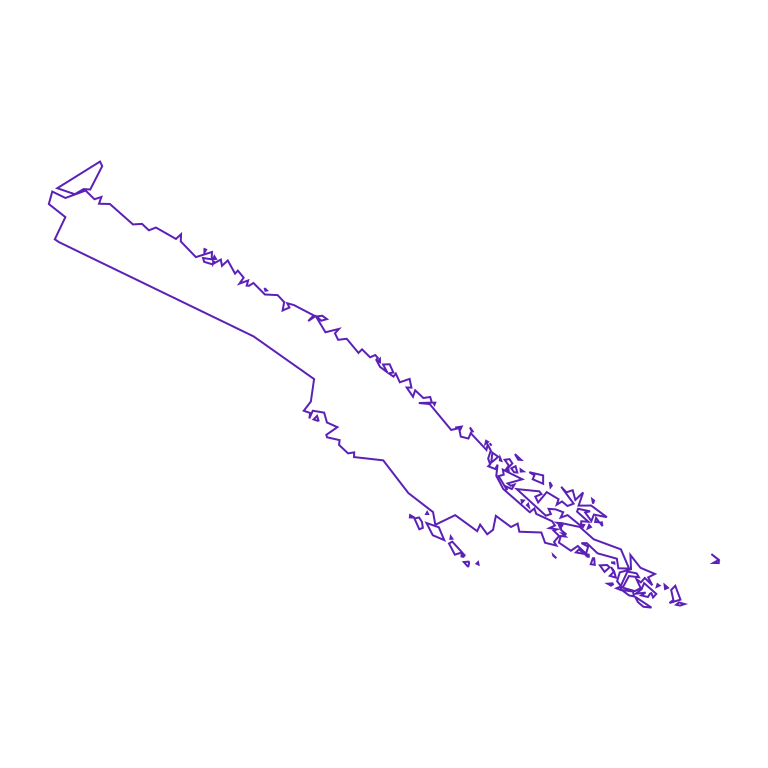 Hograno-Kia-Havulei, Isabel, Solomon Islands (Robinson projection), rotated 176°
{"feature_id": "97153195B62958617202697", "entity_name": "Hograno-Kia-Havulei", "entity_type": "district", "adm_level": 2, "iso_a3": "SLB", "parent_name": "Solomon Islands", "parent_adm1": "Isabel", "projection": "robinson", "projection_center": [158.602, -7.881], "detail": "fine", "context": "isolated", "style": "outline", "palette": "violet", "viewbox_px": 768, "rotation_deg": 176, "n_neighbors": 0, "source": "geoboundaries", "source_scale": "gbopen_adm2", "svg_char_len": 6220}
<svg xmlns="http://www.w3.org/2000/svg" viewBox="0 0 768 768"><g transform="rotate(176 384 384)"><path d="M705.8,586.9L690.2,572.7L702.3,551.3L698.2,548.1L510.8,440.6L453.4,393.8L458.2,371.6L465.9,362.9L459.6,360.2L460.9,354.9L456.9,362.3L445.7,359.6L443.6,349.6L433.5,344.2L445.1,337.3L444.5,334.8L432.2,331.1L433.1,326.4L424.7,317.3L418.5,317.9L419.0,313.2L390.1,307.9L367.3,273.5L344.0,252.8L342.6,240.0L322.1,248.2L301.3,230.7L297.9,237.0L291.5,226.9L285.4,230.9L281.6,244.7L267.3,232.5L260.4,235.4L259.3,227.2L237.4,224.9L234.4,214.4L223.3,210.8L225.4,214.6L219.9,220.2L225.0,225.9L221.5,226.9L229.1,228.7L223.3,230.9L225.9,235.4L241.2,243.8L242.7,249.3L247.5,245.9L272.4,271.0L278.4,284.6L276.3,295.6L278.9,291.4L285.7,294.7L283.7,296.4L285.3,302.3L282.1,310.3L284.8,316.2L286.4,311.1L300.9,328.9L303.6,323.7L311.1,326.2L312.2,334.7L320.2,333.5L339.8,360.8L350.6,362.6L337.6,362.1L338.8,367.8L345.7,367.3L353.3,375.5L356.0,369.3L361.6,378.9L356.9,378.5L358.1,387.3L368.1,384.6L371.5,393.6L374.0,390.7L378.5,394.3L373.9,394.8L377.0,403.3L383.6,403.5L379.9,395.4L386.8,401.4L390.0,408.6L388.3,410.4L390.7,413.5L396.0,411.6L403.5,420.1L407.3,416.8L418.0,431.7L426.7,431.3L429.4,438.0L425.1,442.1L438.8,439.7L447.4,456.6L455.2,452.1L449.3,457.3L468.3,469.0L474.9,471.3L473.0,466.9L480.0,464.4L477.9,472.6L483.9,480.1L496.6,481.6L507.2,493.9L511.8,491.4L514.1,491.7L512.3,496.8L521.2,494.2L516.6,499.9L521.9,507.3L524.9,504.5L531.2,518.1L537.4,513.2L538.1,519.5L546.9,515.4L554.9,518.4L555.7,522.3L547.2,520.4L546.4,527.7L562.8,523.7L576.8,540.4L576.0,547.6L581.4,543.2L600.6,556.0L607.8,553.7L614.2,560.6L623.3,560.7L644.9,582.7L655.7,583.7L652.9,590.3L659.9,588.5L668.2,597.8L688.8,591.8L701.5,599.1L705.8,586.9ZM258.9,269.9L231.7,241.3L226.6,242.7L228.5,248.0L221.3,246.9L214.2,243.6L217.1,238.4L210.0,240.4L197.5,228.7L196.8,233.3L189.7,232.3L200.3,243.2L199.1,246.0L187.3,242.6L192.3,241.8L186.7,232.8L183.7,239.1L171.0,235.6L185.8,248.3L198.4,249.1L192.9,261.9L201.2,255.0L203.2,264.9L209.6,263.2L214.4,269.1L203.2,251.4L209.5,249.5L214.6,254.4L220.1,251.6L217.9,256.9L229.2,264.8L238.5,255.1L240.9,261.1L234.6,263.2L236.6,266.1L258.9,269.9ZM220.6,213.6L209.2,204.6L202.0,208.9L194.3,200.7L191.7,207.5L198.1,211.5L192.8,211.1L182.8,200.2L163.9,193.5L163.1,183.8L152.4,182.8L159.2,202.5L185.7,214.5L198.6,227.7L215.8,232.6L215.6,232.1L216.0,230.3L217.6,228.8L217.4,225.8L212.6,221.3L216.7,222.4L213.6,219.2L218.3,220.0L220.6,213.6ZM696.3,602.1L679.2,594.9L670.1,599.4L663.5,598.5L649.9,621.0L651.8,625.7L696.3,602.1ZM165.2,171.0L161.9,166.0L154.3,179.9L145.2,177.5L143.2,173.5L153.1,175.3L160.1,164.2L148.2,159.9L142.2,162.5L145.7,171.6L141.6,168.2L137.4,172.3L130.4,164.5L133.9,172.7L127.0,175.6L141.0,182.8L150.1,196.2L150.5,182.0L162.0,179.6L165.2,171.0ZM276.1,284.1L268.6,269.5L269.4,273.3L263.8,270.3L260.9,274.6L264.7,273.6L267.6,276.2L252.7,279.3L271.4,290.3L270.9,285.2L276.1,284.1ZM147.6,157.2L137.6,157.7L142.2,155.2L135.6,153.1L133.2,156.3L131.9,156.7L130.5,152.3L127.0,155.6L138.4,167.2L141.4,161.2L147.6,157.2ZM351.3,242.4L345.9,229.7L334.8,224.1L339.3,237.2L351.3,242.4ZM245.2,285.9L240.3,282.4L242.3,278.6L232.2,273.4L231.6,281.7L245.2,285.9ZM114.5,145.6L103.3,148.2L107.5,162.4L111.9,158.5L110.4,148.4L114.5,145.6ZM330.3,220.3L325.2,208.8L317.9,210.6L326.9,222.0L330.3,220.3ZM280.7,308.0L282.5,298.1L275.1,303.4L280.7,308.0ZM148.4,154.3L145.9,148.7L140.8,143.7L132.8,142.3L148.4,154.3ZM363.0,247.7L358.9,236.6L355.3,237.8L355.7,243.6L358.3,248.4L363.0,247.7ZM161.1,161.9L154.3,156.0L149.4,154.7L150.1,159.6L161.1,161.9ZM172.1,176.9L166.2,174.7L167.6,181.3L170.2,185.5L168.0,180.4L172.1,176.9ZM181.3,188.0L177.1,181.2L171.7,185.4L174.2,187.9L181.3,188.0ZM268.9,300.0L264.6,293.0L261.5,295.8L264.0,300.3L268.9,300.0ZM262.9,291.0L260.4,286.9L257.2,286.4L258.5,292.8L262.9,291.0ZM446.4,456.1L442.2,451.5L436.4,452.7L440.8,456.4L446.4,456.1ZM190.3,189.8L186.4,188.9L186.5,195.5L187.8,195.6L190.3,189.8ZM265.9,293.1L268.4,290.1L265.7,288.9L265.9,293.1ZM161.5,165.7L166.3,164.0L162.2,162.0L161.5,165.7ZM107.9,143.4L104.1,142.3L99.4,143.5L105.0,145.5L107.9,143.4ZM204.3,202.6L196.8,200.7L196.6,201.7L201.2,205.3L204.3,202.6ZM225.5,274.5L225.1,269.4L223.7,271.0L225.5,274.5ZM456.7,353.6L452.8,351.9L451.9,352.1L453.0,356.8L456.7,353.6ZM316.8,200.8L313.2,196.2L312.6,196.2L311.7,199.0L311.7,200.3L312.0,200.9L316.8,200.8ZM316.0,335.6L311.8,334.9L310.8,333.6L309.4,336.1L316.0,335.6ZM69.3,191.5L62.4,185.1L68.0,182.5L62.6,182.0L62.2,185.2L69.3,191.5ZM118.1,164.0L117.9,159.9L115.0,160.9L118.1,164.0ZM184.3,254.6L183.8,250.1L182.6,253.0L184.3,254.6ZM181.8,235.6L183.0,231.7L178.9,231.0L181.8,235.6ZM178.2,230.6L176.0,227.0L176.4,230.8L178.2,230.6ZM195.9,200.8L193.3,197.6L191.8,197.4L191.7,199.4L195.9,200.8ZM386.3,409.2L388.5,407.1L386.5,406.0L386.3,409.2ZM189.2,229.1L190.8,225.7L187.6,226.9L189.2,229.1ZM286.1,320.2L287.0,317.2L284.3,319.0L286.1,320.2ZM367.1,251.4L367.5,249.1L362.9,248.6L367.1,251.4ZM301.3,334.7L299.5,330.4L298.8,330.5L301.3,334.7ZM125.1,165.2L126.1,162.6L123.3,163.7L125.1,165.2ZM553.7,531.1L554.0,527.7L552.1,530.3L553.7,531.1ZM253.7,289.3L253.7,287.1L251.0,287.1L253.7,289.3ZM544.3,523.2L545.6,520.4L542.9,520.5L544.3,523.2ZM224.2,198.2L227.2,201.6L227.1,200.9L224.2,198.2ZM496.5,488.0L495.8,485.3L494.3,485.5L496.5,488.0ZM349.9,253.1L351.0,251.4L349.1,251.2L349.9,253.1ZM258.2,304.9L255.4,299.1L252.4,298.7L258.2,304.9ZM174.9,169.2L171.6,167.0L169.6,168.1L170.0,169.2L174.9,169.2ZM249.8,253.2L248.1,251.3L248.6,254.3L249.8,253.2ZM219.6,231.6L218.5,228.6L217.8,229.7L219.6,231.6ZM336.0,361.9L335.1,359.9L334.2,361.8L336.0,361.9ZM318.7,206.5L316.0,205.9L317.8,207.4L317.5,209.3L317.0,207.8L315.7,207.5L315.9,206.6L315.5,207.6L317.3,209.6L318.2,209.0L318.6,208.2L318.7,206.5ZM273.3,302.3L273.8,299.8L272.3,299.2L273.3,302.3ZM221.1,233.5L217.4,230.6L215.9,231.5L216.9,232.9L221.1,233.5ZM328.0,227.2L328.6,224.9L326.7,224.9L328.0,227.2ZM282.7,317.6L282.0,316.3L281.0,315.0L282.7,317.6ZM196.3,229.9L195.5,227.5L194.2,229.4L196.3,229.9ZM254.9,258.5L254.6,256.1L252.7,258.0L254.9,258.5ZM302.6,199.7L304.2,198.3L302.3,197.3L302.6,199.7ZM545.9,518.3L546.0,516.1L545.0,517.7L545.9,518.3ZM169.8,190.1L166.7,188.8L166.7,190.0L169.8,190.1Z" fill="none" stroke="#5b21b6" stroke-width="2"/></g></svg>